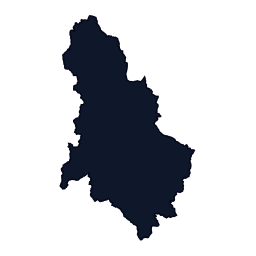 outline of Thoen, Lampang, Thailand, rotated 181°
{"feature_id": "78962969B16981445591053", "entity_name": "Thoen", "entity_type": "district", "adm_level": 2, "iso_a3": "THA", "parent_name": "Thailand", "parent_adm1": "Lampang", "projection": "orthographic", "projection_center": [99.304, 17.548], "detail": "fine", "context": "isolated", "style": "filled", "palette": "ink", "viewbox_px": 256, "rotation_deg": 181, "n_neighbors": 0, "source": "geoboundaries", "source_scale": "gbopen_adm2", "svg_char_len": 5823}
<svg xmlns="http://www.w3.org/2000/svg" viewBox="0 0 256 256"><g transform="rotate(181 128 128)"><path d="M187.4,223.5L187.3,222.5L187.6,222.1L187.3,219.5L186.6,218.9L186.8,216.8L186.2,215.2L186.4,213.2L186.1,211.1L186.2,209.8L187.0,209.3L187.5,208.1L187.4,207.1L187.9,206.8L187.4,205.8L187.8,204.8L189.1,205.8L189.8,204.9L190.3,203.9L192.8,201.7L193.0,201.0L194.2,200.2L194.4,199.4L194.0,197.6L194.0,195.3L193.4,194.1L193.0,190.6L192.1,189.9L192.4,188.4L192.0,186.6L191.5,186.2L189.3,185.9L187.8,186.2L187.3,185.0L185.5,183.8L184.9,182.5L184.1,182.4L183.4,179.7L180.3,179.7L179.9,179.5L178.5,173.2L179.3,172.4L179.8,170.2L182.4,169.4L182.8,169.0L182.9,165.3L182.6,165.0L181.5,165.3L180.6,164.9L178.3,162.3L176.7,162.3L175.6,160.4L174.6,159.9L175.8,157.8L175.7,157.2L174.7,156.8L172.4,154.1L172.1,152.8L172.5,151.2L172.9,150.8L174.0,150.4L175.1,150.5L175.3,149.3L176.2,148.0L175.8,146.6L175.8,145.3L176.4,144.5L176.8,143.2L176.6,142.5L175.9,141.8L176.2,141.5L176.1,140.9L176.5,139.4L177.1,138.6L176.8,137.4L177.6,137.0L178.6,137.1L180.0,136.6L182.4,134.6L182.3,133.3L180.3,130.2L180.3,128.8L179.7,127.6L179.9,126.0L180.5,125.6L180.4,125.1L181.2,122.8L179.8,122.1L179.3,120.9L177.6,121.3L176.3,121.1L174.9,120.7L174.8,120.1L174.2,119.4L175.1,118.3L174.8,117.5L175.0,116.2L175.7,115.1L176.4,114.7L176.4,114.0L177.1,113.6L177.0,113.1L176.4,113.0L176.1,112.6L176.1,110.8L176.8,110.1L177.0,109.1L178.1,108.0L182.6,107.8L183.2,108.4L183.3,110.0L184.3,110.4L185.2,111.3L187.0,111.5L186.5,110.0L186.8,109.4L186.6,108.6L187.3,108.2L185.5,106.7L185.9,105.4L185.0,104.9L185.2,104.0L184.7,103.2L185.6,101.0L184.9,96.3L185.4,95.8L185.9,93.0L187.4,93.1L188.5,92.0L191.1,90.4L191.6,89.7L192.1,89.6L191.9,88.8L192.3,87.5L193.1,86.9L193.8,86.0L193.5,84.1L192.9,83.8L192.5,82.3L192.0,81.9L191.9,81.2L192.1,80.7L192.7,80.2L192.7,79.6L193.4,79.2L193.0,75.3L193.1,72.9L194.1,71.0L194.7,68.8L194.1,68.0L193.3,67.5L192.2,66.0L190.2,66.2L189.5,67.4L188.6,67.8L188.5,68.8L187.5,69.3L187.3,70.3L188.2,71.0L187.5,73.3L186.7,74.3L185.5,75.3L184.5,75.3L183.2,75.9L182.2,75.6L180.1,75.6L179.3,75.0L177.0,75.1L174.9,77.1L172.5,78.3L171.7,79.4L170.9,79.2L168.2,81.4L167.2,81.6L166.1,82.4L166.1,81.7L166.8,79.2L164.4,77.5L164.1,76.4L164.4,75.6L163.8,74.6L165.3,73.6L165.7,71.1L163.8,71.0L162.9,69.6L162.9,67.4L163.8,66.7L163.6,65.3L164.2,64.8L163.6,63.3L163.8,62.0L164.2,61.6L164.2,60.5L164.0,59.7L163.1,58.6L162.0,57.9L161.4,56.4L160.9,56.1L160.0,54.4L159.4,54.4L157.6,56.0L156.6,55.8L154.9,54.2L153.9,54.1L152.8,54.6L152.0,54.5L150.9,55.2L147.9,55.9L146.6,57.1L146.1,56.9L145.0,55.8L144.5,54.2L143.4,53.2L142.5,53.3L142.1,53.1L142.6,50.5L141.7,50.5L141.2,49.9L139.9,49.5L139.2,48.8L138.1,49.0L137.1,48.6L134.0,46.6L132.6,44.4L131.2,42.9L130.2,39.5L128.1,38.5L127.6,37.5L126.7,37.2L126.4,36.6L124.0,35.4L123.5,34.0L121.9,33.4L120.5,31.8L118.4,31.2L117.1,29.7L116.7,28.9L117.0,27.5L116.0,24.6L116.6,21.8L115.1,18.7L113.4,16.5L112.5,16.6L111.3,17.7L111.3,18.6L110.9,18.9L109.8,18.8L108.9,19.1L106.2,18.8L105.5,19.4L105.0,20.8L102.6,23.7L103.2,27.3L102.9,29.5L102.2,30.5L101.6,30.8L97.3,30.4L96.2,30.7L95.4,31.7L96.9,34.7L96.9,35.7L98.0,36.3L98.5,37.8L99.8,38.7L99.5,39.9L98.4,40.0L98.3,40.3L98.9,40.9L100.1,41.0L100.0,42.5L97.9,42.9L96.9,42.6L95.3,43.1L93.9,41.4L91.6,41.5L90.4,40.1L87.9,38.9L85.6,40.5L84.7,39.6L83.9,39.5L81.9,40.4L80.1,40.5L78.0,41.6L79.8,44.7L80.0,48.1L81.1,48.7L82.3,48.6L82.1,50.8L83.0,51.8L84.6,53.0L84.7,53.5L83.7,54.5L84.8,54.8L84.9,55.1L84.1,56.1L81.6,55.6L80.6,56.3L80.4,57.3L80.7,59.0L80.5,59.9L80.0,61.3L78.4,62.6L79.0,63.8L78.4,64.9L77.0,65.0L74.8,64.6L72.4,65.9L71.7,68.3L72.0,69.6L71.6,71.5L72.2,72.4L72.3,73.2L71.8,75.3L72.9,76.0L73.2,77.0L71.2,78.9L69.4,78.9L67.5,80.2L66.3,80.6L66.4,81.5L65.9,82.3L65.9,83.3L65.2,83.9L66.1,87.5L66.0,87.8L65.0,88.4L64.5,91.1L64.8,93.7L65.2,94.1L65.6,96.4L65.4,97.2L64.9,97.8L65.3,98.8L64.3,101.1L64.4,102.3L62.9,103.5L61.3,106.8L62.7,107.3L64.1,107.0L64.7,107.3L65.8,108.9L66.7,108.6L68.0,108.9L67.9,110.2L68.3,110.8L68.8,110.8L68.6,111.7L69.1,112.1L69.5,112.1L70.4,111.0L71.5,110.8L72.7,112.1L74.1,112.3L75.6,113.0L78.1,114.9L80.1,115.4L81.0,117.4L84.3,119.3L87.9,120.3L88.4,120.2L88.9,120.8L89.4,120.6L92.7,121.5L97.0,125.2L97.5,126.9L98.6,127.9L99.4,129.6L100.3,130.8L100.9,131.0L102.1,133.0L101.0,134.9L99.1,136.4L98.6,137.1L98.6,138.0L99.6,138.8L99.2,139.6L95.6,140.1L95.9,141.0L96.6,141.2L97.0,142.4L100.2,143.8L99.4,145.0L99.5,146.0L99.3,148.4L98.6,149.4L98.4,151.3L98.8,152.1L100.3,153.1L100.5,153.9L99.5,157.1L98.4,159.5L98.5,160.1L100.9,160.2L103.2,161.6L104.5,162.0L104.8,162.6L104.5,164.8L105.1,165.5L105.3,166.2L106.4,166.5L107.1,167.5L108.4,168.0L109.3,168.0L110.0,168.6L110.4,169.7L110.4,171.5L111.5,173.4L111.3,175.5L111.8,176.4L111.7,177.6L112.3,179.3L114.4,176.1L115.8,174.6L116.3,174.4L119.6,175.3L120.9,174.7L122.2,174.7L123.5,173.9L125.1,174.4L126.8,174.3L128.2,174.9L129.9,176.1L131.4,182.3L130.8,183.8L130.1,187.3L129.9,190.1L130.0,192.6L130.4,193.2L131.8,193.3L132.2,193.6L132.1,196.7L131.8,198.5L133.8,201.5L134.7,202.4L134.8,204.9L136.9,205.0L137.3,206.5L138.1,207.3L138.2,209.3L139.2,210.6L138.3,211.1L138.5,212.9L139.7,215.7L140.0,217.2L142.0,218.4L143.3,218.2L143.9,218.6L145.6,218.5L146.6,219.6L147.4,219.2L148.6,219.8L149.7,219.7L150.7,219.2L151.5,219.3L151.5,220.5L152.1,221.4L153.4,222.2L154.2,223.2L155.3,223.4L156.3,224.7L157.3,225.4L157.8,227.6L158.7,228.7L159.0,229.7L159.8,230.4L160.4,231.5L161.4,231.8L160.9,232.5L160.7,234.3L161.2,234.8L162.1,237.9L165.4,239.1L168.2,239.5L168.7,239.0L170.4,234.6L171.8,235.1L173.5,235.2L175.4,235.0L176.4,235.4L176.7,234.9L176.2,233.9L176.0,232.7L177.0,232.9L178.0,232.5L178.5,231.5L179.1,231.0L180.2,230.9L181.4,232.2L182.4,232.0L182.7,229.7L183.9,228.7L184.3,227.6L184.1,226.6L182.9,224.3L183.7,224.0L184.9,224.7L185.9,224.7L186.9,224.4L187.4,223.5Z" fill="#0f172a" stroke="#020617" stroke-width="1.5"/></g></svg>